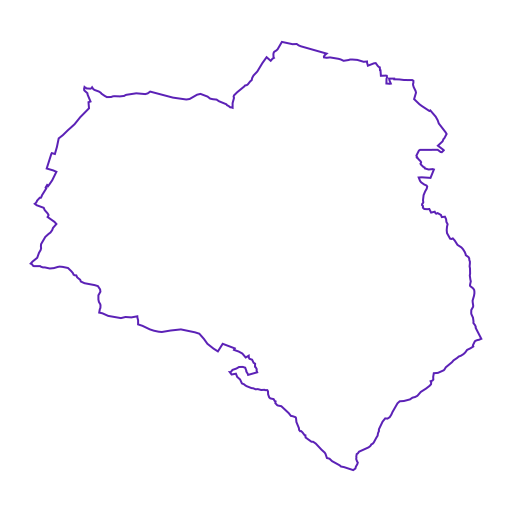 outline of Mesesenii De Jos, Salaj, Romania
{"feature_id": "2599482B79196905607630", "entity_name": "Mesesenii De Jos", "entity_type": "district", "adm_level": 2, "iso_a3": "ROU", "parent_name": "Romania", "parent_adm1": "Salaj", "projection": "robinson", "projection_center": [22.986, 47.138], "detail": "fine", "context": "isolated", "style": "outline", "palette": "violet", "viewbox_px": 512, "rotation_deg": 0, "n_neighbors": 0, "source": "geoboundaries", "source_scale": "gbopen_adm2", "svg_char_len": 5913}
<svg xmlns="http://www.w3.org/2000/svg" viewBox="0 0 512 512"><path d="M392.5,412.0L397.5,403.3L399.7,401.3L403.9,401.0L410.0,399.4L412.4,397.7L415.1,397.0L417.4,395.8L420.8,391.9L426.0,388.6L429.5,385.9L431.0,384.3L431.2,382.6L430.6,381.2L432.4,380.6L433.3,379.6L433.2,376.8L433.8,373.2L437.9,372.9L443.7,370.3L444.4,369.6L445.8,367.3L452.0,362.2L453.5,360.4L457.2,357.9L458.8,356.5L460.8,355.8L463.5,354.1L465.2,352.5L467.1,349.9L470.4,348.3L473.3,346.5L472.9,345.3L474.7,341.6L475.3,340.9L477.3,340.1L478.9,339.8L481.3,338.8L476.1,328.7L475.6,327.7L475.8,327.0L475.1,325.3L473.4,323.0L473.5,321.4L473.0,317.7L471.4,314.2L471.2,313.2L471.3,310.0L473.1,306.8L473.2,305.6L472.7,302.3L472.6,300.6L474.0,295.8L474.4,293.4L474.4,291.6L474.2,290.1L473.8,289.3L472.7,288.0L470.3,286.2L470.0,285.6L470.1,284.4L470.8,281.3L470.4,279.7L469.8,275.5L470.1,273.6L470.0,268.5L469.6,266.3L469.9,263.4L469.9,261.6L469.3,260.0L469.2,258.4L468.5,257.1L465.8,255.2L465.6,254.1L464.7,251.9L463.0,249.2L461.4,247.4L457.5,244.9L454.7,240.5L452.8,238.4L451.6,239.0L450.1,238.7L447.0,233.1L446.7,230.0L447.0,226.7L447.6,224.2L446.4,221.9L446.1,219.2L444.9,216.7L441.8,217.1L440.9,214.9L437.6,213.1L436.2,213.7L435.4,213.0L434.7,211.7L431.1,212.6L429.3,209.0L427.2,209.2L424.3,209.0L422.9,207.7L423.0,206.1L422.0,205.0L422.2,203.9L422.9,203.1L423.3,202.3L423.0,200.2L423.6,195.1L425.2,191.3L426.7,188.7L427.2,186.5L426.5,185.5L424.2,184.5L421.1,182.3L420.0,180.8L418.7,177.5L421.7,177.3L430.5,177.9L433.9,169.5L432.7,169.1L428.6,169.5L424.8,168.4L424.6,167.5L423.3,166.9L420.8,164.4L420.5,163.6L421.0,162.9L421.1,162.2L420.6,161.3L418.7,159.4L417.5,157.9L417.3,158.0L416.7,157.4L416.7,157.1L417.0,156.9L416.4,155.6L418.9,150.6L420.0,149.9L437.7,149.8L440.6,152.0L441.8,152.2L443.8,150.3L443.7,150.1L437.9,145.7L442.6,141.3L443.4,139.2L444.3,138.3L446.6,134.0L445.6,132.3L438.8,123.5L437.7,120.3L435.7,116.7L430.3,110.4L429.4,111.0L421.8,106.0L419.5,104.3L414.1,99.1L416.0,92.7L415.6,91.0L413.7,87.1L413.1,85.1L413.0,84.0L413.4,82.9L413.4,80.8L412.4,80.1L404.0,80.0L399.1,79.4L394.2,79.3L394.2,78.6L389.5,78.6L389.1,78.6L389.5,80.5L390.8,83.6L389.7,83.8L386.4,83.5L386.5,78.8L387.0,77.5L386.8,75.8L385.9,75.6L380.9,75.8L380.5,70.3L380.0,70.2L379.8,67.4L379.3,67.3L377.9,66.1L375.7,63.1L374.0,63.3L367.9,65.7L367.0,62.5L367.0,61.5L363.7,61.8L357.3,59.9L352.0,59.5L350.1,59.5L348.7,60.0L343.6,60.8L340.6,59.4L338.4,58.8L330.0,57.4L326.7,57.8L324.0,57.4L323.9,56.5L324.6,55.3L326.6,53.6L300.9,46.3L298.7,45.4L296.7,44.0L292.6,44.2L281.9,41.9L277.6,49.3L276.3,50.5L274.2,51.8L273.6,53.0L273.4,54.2L273.5,56.7L273.6,57.5L273.9,57.9L272.5,58.7L270.7,60.8L266.6,57.2L262.5,62.9L257.3,71.5L253.5,75.5L252.2,77.9L251.7,80.1L250.1,81.5L247.8,84.4L246.8,85.1L245.0,85.5L244.3,86.4L237.1,92.3L234.0,95.4L233.6,96.7L234.0,97.9L232.6,103.1L232.6,107.8L231.1,107.3L230.2,107.3L228.6,106.0L227.0,105.2L226.4,104.3L218.9,101.2L216.6,99.6L212.8,99.2L210.1,98.6L207.6,96.6L200.5,93.9L197.1,94.7L189.6,99.0L186.3,99.5L172.9,97.6L150.2,91.6L147.7,93.4L145.3,94.1L136.3,93.3L126.4,94.8L125.5,95.1L124.2,95.9L119.9,96.4L114.7,96.2L113.0,96.3L111.1,97.0L106.9,97.1L104.7,95.9L101.5,93.7L100.7,92.7L98.8,91.5L94.4,89.9L93.2,89.0L92.1,87.3L91.5,88.2L90.4,88.7L86.3,88.4L85.6,87.6L85.0,87.6L84.5,87.1L84.1,88.8L84.2,90.2L84.7,90.8L87.4,93.2L87.6,94.6L90.5,101.5L88.5,102.2L89.0,108.3L80.3,117.1L74.5,124.3L67.9,130.2L62.9,135.1L58.7,138.4L56.9,147.0L54.9,154.0L51.8,153.1L51.3,154.0L46.7,168.5L53.2,170.4L56.4,171.8L52.2,180.3L49.2,184.7L48.1,186.1L47.9,185.3L47.2,184.9L46.0,186.9L45.6,187.6L46.2,188.5L41.9,195.4L41.6,196.5L40.8,197.8L39.8,197.7L37.1,200.6L36.7,201.7L35.6,203.2L34.8,203.8L36.6,205.2L43.7,207.8L44.7,210.1L47.6,213.4L48.5,214.9L48.5,215.4L47.6,217.0L54.5,221.9L56.4,224.0L53.0,227.9L52.2,230.1L50.4,232.6L48.6,233.9L45.3,236.9L41.1,244.1L40.9,246.2L41.1,248.3L40.6,250.1L39.0,252.8L37.2,257.8L32.5,261.6L30.7,263.6L32.0,264.3L33.1,265.8L33.8,266.1L40.1,266.1L41.1,266.8L43.0,267.4L44.8,267.4L49.8,268.5L53.9,268.1L57.9,266.9L59.7,266.6L62.7,266.9L68.0,268.0L71.3,271.2L72.9,273.1L73.6,274.7L74.8,275.3L76.3,275.4L77.2,277.4L80.2,279.8L80.8,281.5L84.5,283.2L94.6,285.1L97.9,286.1L100.1,289.4L100.4,291.7L98.4,295.3L98.4,299.5L98.9,301.9L100.3,304.3L100.5,305.4L100.4,307.9L99.8,309.3L99.2,312.6L102.4,313.3L108.2,315.9L120.9,318.1L125.5,317.0L131.4,317.4L137.3,316.3L137.4,317.6L138.1,320.3L138.1,324.4L142.4,325.8L149.9,329.4L153.9,330.7L158.6,331.7L161.8,332.0L170.7,330.5L180.9,329.4L194.9,332.3L199.3,333.7L203.9,338.9L207.4,343.8L213.5,348.6L217.9,351.4L222.7,343.8L234.8,348.4L234.0,349.9L238.6,351.5L242.3,353.5L245.7,357.5L248.7,355.7L248.8,357.6L249.5,358.8L252.1,359.7L253.6,362.8L255.1,363.7L255.0,366.8L255.7,367.3L256.7,369.1L256.6,370.7L257.2,372.3L248.1,374.9L247.8,373.9L246.3,371.5L246.4,371.0L245.2,367.7L242.8,366.9L239.0,367.0L236.5,368.5L232.5,369.9L230.7,372.1L229.8,372.1L231.6,374.5L235.9,373.7L237.2,376.9L240.1,379.5L241.9,383.4L244.2,384.4L245.3,385.4L246.7,386.2L251.5,388.1L253.3,388.3L255.6,389.3L257.8,389.1L261.2,390.0L264.4,389.8L265.0,390.1L267.3,390.1L268.0,391.4L268.1,394.3L269.2,397.4L270.3,398.4L273.6,399.1L274.7,401.0L275.6,401.4L275.3,403.1L277.1,405.1L277.8,405.5L281.3,406.2L288.7,413.1L290.9,415.9L292.7,416.2L295.5,417.2L296.0,418.0L296.4,422.0L298.9,428.1L299.1,429.9L300.1,431.2L301.1,431.1L302.4,432.3L304.6,435.2L305.4,435.3L305.6,437.5L311.4,441.7L313.2,441.8L315.8,443.6L321.5,449.7L324.7,452.6L325.5,453.9L326.9,458.0L329.5,458.7L332.0,461.1L339.8,465.4L340.9,466.5L344.0,467.1L353.2,470.1L355.4,468.5L355.9,466.6L357.3,464.2L357.8,462.6L357.0,461.3L356.2,459.0L356.4,457.5L356.3,456.4L356.7,454.1L357.9,453.3L359.0,451.7L368.5,447.4L370.1,446.2L370.8,445.4L371.2,444.5L372.8,443.6L373.8,442.4L376.4,437.6L377.6,435.7L378.0,433.2L379.0,430.9L378.8,430.2L379.0,429.1L382.6,421.6L385.2,418.4L387.5,418.6L389.7,417.2L391.3,414.7L392.5,412.0Z" fill="none" stroke="#5b21b6" stroke-width="2"/></svg>